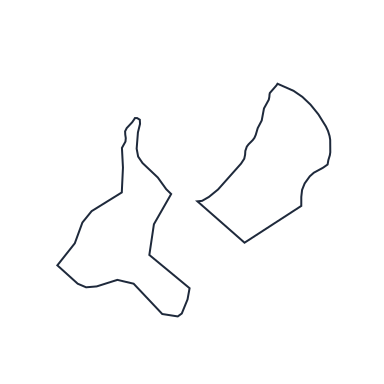 outline of Agusan del Norte, rotated 41°
{"feature_id": "PHL-2587", "entity_name": "Agusan del Norte", "entity_type": "Province", "adm_level": 1, "iso_a3": "PHL", "parent_name": "Philippines", "parent_adm1": "", "projection": "mercator", "projection_center": [125.494, 9.026], "detail": "fine", "context": "isolated", "style": "outline", "palette": "slate", "viewbox_px": 384, "rotation_deg": 41, "n_neighbors": 0, "source": "natural_earth", "source_scale": "10m", "svg_char_len": 1164}
<svg xmlns="http://www.w3.org/2000/svg" viewBox="0 0 384 384"><g transform="rotate(41 192 192)"><path d="M202.2,195.5L205.4,192.1L208.0,184.6L210.0,173.0L210.4,138.4L209.6,132.6L207.6,129.0L205.3,126.0L203.6,121.8L203.4,118.9L203.8,113.0L203.6,110.2L202.6,107.0L199.7,100.7L197.7,92.3L191.5,81.7L189.4,72.0L188.0,69.5L186.5,67.5L185.8,66.2L185.8,56.0L185.5,54.2L202.4,49.0L212.9,47.8L224.1,48.3L236.5,50.5L250.1,54.7L254.6,56.7L259.1,59.5L262.1,62.0L270.3,71.3L271.9,73.8L274.0,78.5L276.3,82.3L275.0,87.6L271.3,97.5L270.6,102.9L271.4,111.6L273.7,118.2L277.7,124.0L283.5,130.7L283.6,130.8L264.9,195.8L202.2,195.5ZM100.4,173.7L102.1,172.2L105.2,171.7L108.1,174.7L112.1,182.5L121.8,195.6L128.1,200.6L135.6,202.6L156.7,203.5L170.7,206.8L177.6,207.2L184.4,241.3L201.1,267.5L253.3,266.2L259.1,276.0L264.0,290.4L262.9,295.2L262.8,295.3L251.5,302.4L249.6,303.6L208.1,299.5L193.3,307.3L182.0,325.8L174.6,333.4L165.9,336.2L138.5,335.7L137.2,307.6L129.3,286.9L128.8,272.3L139.3,238.4L123.9,218.9L110.2,204.7L108.7,197.6L106.7,194.8L104.0,192.5L101.7,190.1L100.8,186.6L101.1,178.7L100.7,175.0L100.4,173.8L100.4,173.7Z" fill="none" stroke="#1e293b" stroke-width="2"/></g></svg>